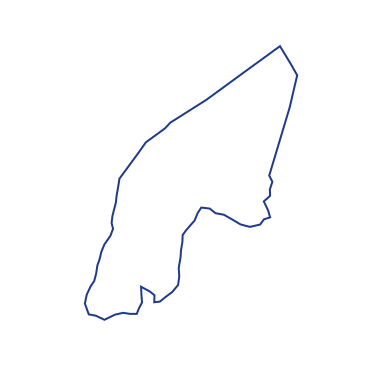 Pirpirituba, Paraíba, Brazil (Robinson projection), rotated 147°
{"feature_id": "56859067B65222656498348", "entity_name": "Pirpirituba", "entity_type": "district", "adm_level": 2, "iso_a3": "BRA", "parent_name": "Brazil", "parent_adm1": "Paraíba", "projection": "robinson", "projection_center": [-35.474, -6.788], "detail": "fine", "context": "isolated", "style": "outline", "palette": "blue", "viewbox_px": 384, "rotation_deg": 147, "n_neighbors": 0, "source": "geoboundaries", "source_scale": "gbopen_adm2", "svg_char_len": 1048}
<svg xmlns="http://www.w3.org/2000/svg" viewBox="0 0 384 384"><g transform="rotate(147 192 192)"><path d="M345.2,145.6L340.0,140.6L335.0,132.5L323.4,131.1L315.6,128.2L310.3,123.5L304.7,119.9L300.0,123.2L294.0,126.6L291.1,132.1L286.3,140.3L281.5,131.4L279.7,125.8L283.7,120.1L278.7,117.6L271.9,118.3L263.0,118.9L254.3,121.6L248.6,128.2L244.4,135.7L237.3,143.3L232.9,149.2L227.2,155.4L223.3,161.0L218.1,163.0L210.6,165.2L205.4,166.6L198.8,171.2L192.7,173.9L186.2,168.5L183.8,161.4L177.6,155.5L173.3,147.2L168.9,138.3L162.4,131.2L152.6,127.6L146.5,129.9L140.3,128.2L138.2,135.1L136.9,145.0L128.5,146.3L125.3,151.8L119.0,156.8L118.3,163.7L63.7,210.0L54.2,219.2L40.2,232.6L39.4,246.0L38.8,266.4L82.6,264.1L129.6,261.5L172.4,262.0L179.9,260.1L203.6,258.8L216.7,253.6L245.6,242.7L250.5,237.2L257.3,229.9L261.5,224.7L267.6,219.1L271.9,215.1L276.3,209.8L278.3,204.1L284.3,199.7L293.9,195.8L300.6,191.2L306.4,185.7L311.3,182.0L316.8,175.8L322.5,170.6L328.4,168.1L336.1,163.3L342.6,156.8L345.2,145.6Z" fill="none" stroke="#1e3a8a" stroke-width="2"/></g></svg>